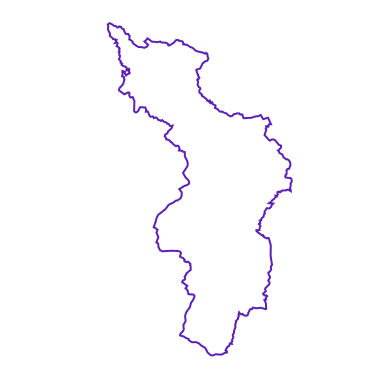 the district of Chu Pah, Gia Lai, Vietnam, rotated 275°
{"feature_id": "81297802B21786246689715", "entity_name": "Chu Pah", "entity_type": "district", "adm_level": 2, "iso_a3": "VNM", "parent_name": "Vietnam", "parent_adm1": "Gia Lai", "projection": "mercator", "projection_center": [108.007, 14.222], "detail": "fine", "context": "isolated", "style": "outline", "palette": "violet", "viewbox_px": 384, "rotation_deg": 275, "n_neighbors": 0, "source": "geoboundaries", "source_scale": "gbopen_adm2", "svg_char_len": 6072}
<svg xmlns="http://www.w3.org/2000/svg" viewBox="0 0 384 384"><g transform="rotate(275 192 192)"><path d="M353.0,95.0L351.5,93.5L349.2,94.2L346.7,94.0L342.7,96.5L340.4,96.5L338.4,99.5L337.4,100.1L337.5,102.3L336.5,102.6L336.8,103.6L335.1,103.3L333.9,102.5L334.3,103.9L334.0,104.8L332.2,104.7L330.7,104.2L330.1,105.8L329.0,107.2L328.5,106.9L327.9,107.4L326.9,107.1L325.7,107.6L324.8,106.8L324.0,107.6L322.1,107.6L321.5,108.4L319.6,108.3L318.0,107.6L316.0,109.7L314.5,109.6L313.9,111.2L312.5,110.8L311.2,113.3L311.2,114.4L310.2,116.0L307.8,116.1L307.5,116.9L307.7,117.5L308.9,117.8L309.3,118.3L308.6,118.9L306.2,118.6L305.5,119.5L304.7,119.4L303.4,117.0L302.4,116.2L304.7,114.5L305.8,114.8L305.5,113.7L306.5,112.8L306.5,112.1L303.1,112.6L301.2,112.2L300.7,114.1L299.4,114.2L298.4,114.9L293.5,114.0L289.0,110.6L287.0,110.3L283.4,116.1L285.4,119.2L285.7,120.4L284.8,121.2L283.1,121.0L281.3,121.8L280.8,122.5L281.4,124.3L281.1,125.1L280.2,125.2L277.7,126.7L268.5,127.2L267.4,127.4L266.7,128.2L266.4,129.3L266.8,130.1L268.4,131.5L270.7,132.3L272.0,133.1L272.1,138.1L270.2,139.2L268.0,139.0L268.4,140.9L263.7,143.4L263.4,144.7L263.9,146.4L262.3,147.6L263.0,148.8L263.1,150.1L260.6,152.5L260.8,153.9L260.1,154.8L261.0,156.2L259.6,157.8L258.9,160.7L257.9,161.3L257.9,162.7L256.0,164.2L255.9,165.5L256.4,166.8L253.6,166.0L250.1,162.8L248.3,162.4L246.9,160.3L244.9,160.0L243.4,161.6L242.1,161.8L241.9,164.0L241.3,165.3L240.0,166.4L239.9,167.2L237.9,169.3L236.2,172.0L236.9,173.3L236.5,174.7L234.1,175.8L232.2,175.4L232.2,178.7L231.3,179.7L231.2,181.3L226.8,181.8L222.2,184.7L219.8,185.3L217.2,185.2L210.3,181.4L206.2,184.1L203.5,187.3L201.2,188.4L200.0,188.3L198.5,186.5L197.4,183.9L193.8,179.1L190.7,181.8L187.4,182.0L184.7,181.2L182.4,178.3L181.9,176.5L179.8,174.3L177.2,169.8L172.6,167.1L166.3,160.3L162.8,158.9L159.3,158.4L153.5,156.9L153.0,158.5L151.3,161.0L148.4,160.2L144.2,162.4L138.6,160.9L137.9,162.7L134.0,163.5L131.3,165.2L130.3,167.5L131.6,175.8L132.0,182.7L131.8,184.7L131.3,185.6L129.9,186.4L127.1,185.6L126.5,185.7L125.3,189.1L123.6,190.7L122.8,190.3L122.4,190.5L121.6,192.3L122.2,194.3L120.1,196.8L118.7,196.5L117.9,197.1L114.4,197.5L110.1,193.3L109.1,193.4L107.2,192.0L106.0,192.6L104.5,192.6L104.0,192.3L102.9,190.5L101.3,190.0L98.1,195.5L95.5,193.9L93.9,196.0L89.9,197.4L89.9,202.5L89.0,203.4L87.8,203.5L85.0,202.7L81.2,200.6L77.2,200.0L72.2,197.0L69.0,196.1L67.4,196.0L63.0,196.9L58.6,195.0L54.4,195.8L52.4,195.0L49.7,192.8L48.1,192.6L47.3,196.4L46.0,198.7L45.4,201.3L44.3,201.6L42.5,204.5L42.4,206.2L42.8,209.1L41.8,212.1L40.1,214.2L37.8,218.8L33.4,221.6L31.0,225.0L31.1,227.3L32.5,229.8L32.4,233.8L32.7,235.8L34.8,239.0L35.2,240.8L36.4,240.7L37.1,239.2L39.5,240.1L40.0,240.7L40.8,240.7L42.0,242.5L44.2,242.8L44.2,244.9L45.5,244.1L46.7,245.2L48.3,244.8L50.8,245.9L53.1,245.0L55.6,246.2L57.0,245.9L61.5,247.1L63.1,246.5L66.0,247.2L67.2,246.9L69.6,248.9L71.0,248.8L72.4,249.5L73.8,249.0L76.2,249.4L74.7,250.8L74.4,251.9L75.0,253.0L73.8,254.0L73.4,256.8L74.4,258.3L76.8,258.7L80.3,260.2L80.5,261.9L82.1,262.5L81.8,266.4L82.7,270.7L81.7,275.6L82.1,276.1L87.9,275.2L90.8,273.5L91.4,275.2L92.8,274.6L94.8,276.0L95.5,275.1L95.3,273.0L96.8,271.7L99.8,274.2L101.4,273.3L102.4,273.4L106.9,277.0L108.0,277.2L108.8,277.1L110.5,275.7L113.1,277.0L114.3,277.1L116.4,275.6L118.4,275.1L119.7,276.6L121.7,277.6L124.2,277.1L125.4,277.3L126.2,278.1L135.2,275.9L145.9,275.1L152.7,272.5L152.8,271.4L152.3,270.3L153.6,267.4L154.0,266.9L154.3,267.3L154.7,267.0L155.4,266.1L155.3,264.9L157.6,261.1L158.6,259.7L159.5,259.4L159.8,260.3L159.5,261.0L160.1,262.6L162.5,262.5L164.0,263.2L165.1,262.6L165.9,261.4L166.4,261.6L167.0,262.6L168.8,262.6L169.5,262.0L170.0,263.4L171.8,263.5L173.7,265.5L175.9,265.6L176.9,266.5L178.5,265.9L182.4,267.8L182.3,270.4L184.0,272.0L185.7,272.4L187.6,273.9L187.6,269.7L188.2,270.3L188.1,271.1L190.9,272.7L192.2,274.4L194.1,275.6L195.6,275.5L194.9,276.9L197.2,277.7L198.2,277.1L199.3,277.1L200.0,279.1L199.4,279.4L199.5,280.1L201.2,281.3L201.9,285.7L202.5,286.3L202.7,287.8L201.4,290.3L202.8,290.1L203.9,289.3L207.1,289.8L209.3,289.5L210.9,290.5L213.6,290.0L214.5,288.8L214.5,284.4L215.4,283.5L216.9,283.6L217.7,284.6L222.4,284.4L223.1,285.0L223.6,286.7L226.4,287.5L227.8,287.7L230.4,287.0L232.1,285.6L232.9,284.0L232.8,282.9L234.7,280.0L237.1,278.8L238.6,275.6L240.3,274.9L240.9,274.0L242.1,275.4L244.2,276.8L245.9,276.7L246.7,274.3L251.0,270.1L251.5,267.4L251.1,266.5L250.0,265.5L250.1,264.6L255.1,259.3L260.7,260.6L261.7,259.9L262.8,260.7L263.8,260.1L264.3,261.1L263.9,262.4L264.9,262.4L266.3,263.1L266.4,264.8L272.6,261.3L270.8,256.6L274.7,253.7L273.2,251.1L272.9,248.9L271.2,244.9L270.0,237.2L270.2,236.8L273.4,235.5L273.7,234.9L273.3,233.3L274.4,232.3L274.2,229.9L273.1,226.7L271.4,225.5L270.7,223.8L271.7,221.4L273.4,219.2L273.5,217.9L274.5,215.4L274.9,215.1L274.4,213.6L274.8,212.3L276.9,210.1L277.8,207.4L279.7,208.0L280.3,207.9L281.3,205.0L283.1,204.4L282.9,203.5L282.1,202.7L283.4,201.2L284.0,201.4L284.2,202.2L284.8,201.8L284.3,200.6L284.3,199.1L285.4,198.8L287.9,195.3L288.2,194.0L289.1,193.3L289.5,193.6L290.4,193.0L291.5,190.9L293.4,190.3L295.5,191.4L296.7,190.7L297.0,189.8L298.4,188.7L299.8,188.2L302.0,188.6L304.3,187.4L305.0,187.9L304.9,188.5L306.4,189.4L308.1,188.0L309.4,187.9L310.3,187.1L313.9,185.6L314.4,186.0L315.7,189.3L321.3,191.5L322.1,192.7L323.1,193.4L324.2,195.9L326.7,196.7L328.3,195.7L330.6,195.4L331.3,194.8L331.8,193.9L331.1,193.7L330.9,192.8L332.1,190.0L331.9,189.1L332.9,183.7L335.7,179.9L336.3,177.6L338.4,173.7L338.1,172.4L338.7,171.4L338.3,170.4L341.0,169.7L341.6,167.1L341.5,165.5L342.3,164.9L341.9,162.9L339.2,161.0L336.0,156.6L336.0,155.6L337.8,154.9L338.4,152.6L338.3,148.5L339.2,147.2L338.3,145.0L338.3,139.0L341.2,134.3L338.7,132.6L337.8,131.5L334.8,135.4L333.1,134.7L331.5,132.0L332.0,128.5L331.7,126.6L332.3,124.8L334.5,121.0L335.5,119.8L336.5,119.8L337.9,118.0L338.5,116.2L342.1,116.3L342.8,115.2L343.9,114.8L343.7,112.2L347.0,110.1L348.0,109.9L348.9,107.7L350.3,107.0L350.6,105.1L349.5,104.4L349.5,103.2L350.5,102.0L350.8,99.7L352.0,97.9L353.0,95.0Z" fill="none" stroke="#5b21b6" stroke-width="2"/></g></svg>